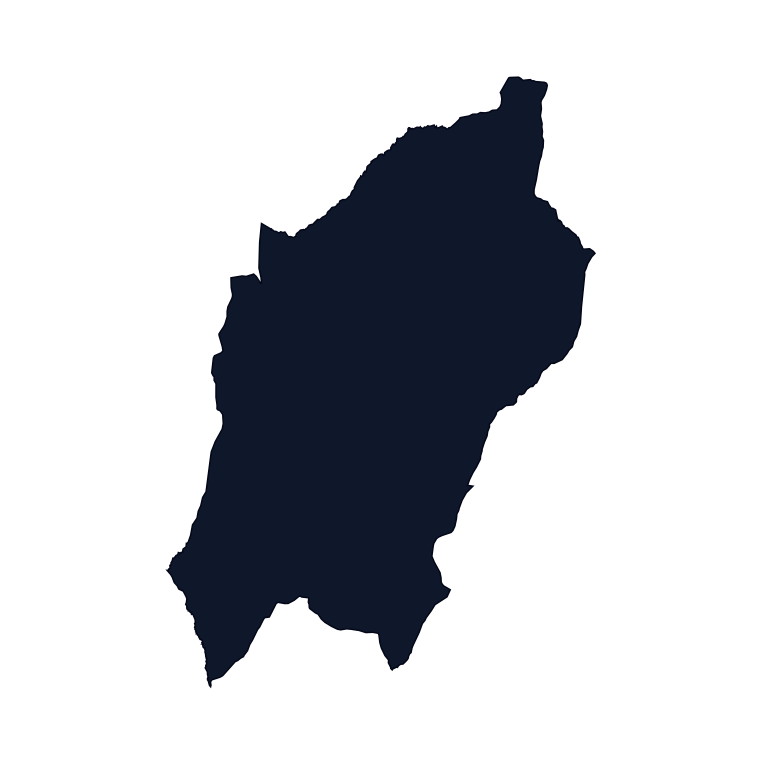 Manyoni, Singida, United Republic of Tanzania (Equal Earth projection), rotated 186°
{"feature_id": "72390352B73180368039512", "entity_name": "Manyoni", "entity_type": "district", "adm_level": 2, "iso_a3": "TZA", "parent_name": "United Republic of Tanzania", "parent_adm1": "Singida", "projection": "equal_earth", "projection_center": [34.654, -6.406], "detail": "fine", "context": "isolated", "style": "filled", "palette": "ink", "viewbox_px": 768, "rotation_deg": 186, "n_neighbors": 0, "source": "geoboundaries", "source_scale": "gbopen_adm2", "svg_char_len": 6135}
<svg xmlns="http://www.w3.org/2000/svg" viewBox="0 0 768 768"><g transform="rotate(186 384 384)"><path d="M578.0,181.3L577.5,178.6L578.9,177.3L578.8,176.1L580.2,176.0L576.2,172.2L574.4,169.8L571.8,164.6L568.6,161.8L566.6,158.6L562.0,157.0L558.5,151.7L557.6,149.7L557.7,145.7L558.2,144.1L556.9,142.8L556.7,140.5L556.0,139.1L554.9,138.8L554.9,137.9L553.6,137.8L553.1,136.9L551.8,136.3L551.5,135.3L551.2,135.8L551.0,135.1L549.8,134.7L547.2,130.0L546.7,126.8L547.3,126.1L546.5,124.3L546.9,121.9L546.3,121.4L546.4,120.3L545.0,118.7L545.4,117.8L544.4,117.1L544.6,115.9L543.6,115.9L543.3,114.9L542.1,114.2L541.9,113.2L541.3,113.2L541.3,112.5L540.6,111.2L539.9,110.6L539.1,111.0L537.4,108.9L538.1,107.7L537.1,107.0L537.8,106.4L536.8,106.3L537.0,105.7L536.5,103.6L535.4,102.6L534.3,102.7L534.5,101.3L533.8,99.8L534.1,98.9L533.3,97.0L532.6,93.8L532.0,93.5L532.1,92.4L531.5,92.1L532.0,89.2L531.5,88.7L531.1,87.0L531.4,85.9L531.8,85.7L531.7,84.3L532.1,83.0L529.5,79.2L529.3,77.1L528.4,74.5L528.5,73.5L528.0,73.4L528.4,73.2L528.3,72.4L528.7,72.4L528.5,71.2L527.8,70.5L526.1,66.1L524.8,64.8L524.6,66.2L525.4,69.7L524.3,71.8L516.4,75.3L513.9,77.1L502.9,92.4L500.7,93.6L497.9,96.4L495.2,98.2L495.1,99.1L491.9,104.5L490.3,110.8L487.9,116.0L484.1,126.5L482.3,129.3L479.7,136.3L478.4,139.1L473.7,140.3L468.3,154.4L466.7,155.8L460.1,155.3L456.5,155.7L450.8,159.5L446.3,164.0L444.9,164.3L443.9,163.6L436.5,163.5L436.4,158.8L435.4,157.0L435.0,154.1L434.5,153.0L428.3,149.2L425.5,148.2L421.7,143.7L417.8,140.8L410.8,137.5L404.7,135.3L401.5,135.0L395.7,136.6L391.0,136.7L383.0,136.3L376.0,134.9L369.4,135.9L363.6,135.5L362.7,133.5L361.1,126.5L359.0,121.1L354.6,114.0L350.6,110.0L350.5,107.2L347.7,102.9L347.6,101.9L346.0,100.5L345.1,102.2L344.7,102.0L341.9,103.8L341.0,103.6L340.2,105.3L338.3,107.0L335.8,107.5L332.6,111.4L331.3,113.7L331.1,116.0L330.2,118.5L329.0,119.7L328.6,124.3L327.8,127.2L323.1,140.7L320.8,149.8L318.6,153.2L317.6,156.1L313.4,163.3L310.2,169.9L299.1,178.9L296.6,186.3L303.5,189.4L305.2,191.0L306.4,192.9L307.1,197.4L308.6,202.3L315.5,212.3L318.4,217.7L318.1,228.4L317.8,230.8L315.5,235.8L313.7,237.5L310.3,239.5L301.8,243.4L300.2,245.5L298.7,249.8L297.9,257.1L297.9,262.4L296.6,265.8L296.2,268.6L294.2,276.6L290.8,284.4L284.9,291.7L290.3,291.9L288.9,297.9L286.3,305.1L283.4,311.1L280.3,319.4L280.4,322.7L279.5,327.8L279.6,329.4L278.1,336.6L276.1,343.1L275.9,347.7L274.6,352.1L274.9,355.2L273.3,357.2L271.1,361.3L269.4,365.3L269.0,368.0L266.4,370.6L264.7,371.2L260.5,375.3L253.2,376.8L250.5,380.0L250.7,383.3L249.5,386.8L248.1,387.9L246.4,387.7L244.3,388.8L243.5,389.6L241.5,393.6L238.3,396.5L235.7,397.2L234.0,400.1L232.3,401.1L230.0,407.0L229.0,411.1L227.5,413.9L224.1,416.4L220.1,422.0L216.8,422.4L209.3,426.9L205.1,433.6L203.6,436.9L200.6,440.7L199.8,446.4L197.5,451.4L196.6,457.5L195.0,464.2L195.7,481.4L195.8,513.7L196.3,516.4L195.1,519.9L194.0,525.0L190.7,532.2L187.8,536.0L189.8,537.9L193.6,540.0L199.2,539.0L200.7,539.4L201.0,540.8L203.4,544.1L204.1,546.4L206.1,550.1L207.8,550.6L208.6,552.2L213.6,555.3L216.4,557.6L218.0,558.4L220.3,558.1L221.7,560.2L223.3,560.9L224.4,563.5L226.3,565.1L227.4,564.3L227.6,565.3L228.8,566.5L231.6,575.1L234.1,576.3L236.1,576.4L238.5,579.2L240.5,582.4L245.3,583.1L247.4,584.4L251.5,585.1L253.2,586.5L254.7,588.9L255.1,593.0L253.9,603.2L253.1,616.7L252.6,622.0L251.4,626.9L251.1,632.7L250.5,636.0L250.9,643.0L252.8,646.8L252.8,651.7L254.0,656.4L253.9,659.2L256.5,666.9L256.2,674.0L257.4,680.3L257.2,682.4L254.7,687.8L253.2,693.9L252.8,698.1L253.9,700.1L256.0,700.8L264.8,700.6L266.7,701.2L268.3,701.0L270.3,702.0L277.7,700.5L279.9,702.2L282.2,703.2L290.9,702.0L292.0,701.4L298.8,686.0L297.7,683.9L296.6,679.7L296.6,674.9L297.6,671.6L300.3,668.3L304.9,667.5L308.0,665.3L311.9,664.2L316.5,664.0L319.5,662.1L324.0,661.6L327.2,659.5L336.2,656.8L336.7,655.1L340.2,650.8L344.5,646.1L346.3,645.6L347.2,644.3L347.8,644.1L350.5,645.5L351.8,645.3L353.0,646.6L356.4,644.6L357.9,644.2L358.4,644.4L358.8,645.9L360.0,644.6L361.2,646.8L365.3,645.0L367.4,645.4L369.0,643.7L370.6,643.8L371.8,642.1L374.1,642.8L374.8,643.6L375.4,642.8L378.1,642.8L381.5,640.6L382.7,641.1L383.2,640.6L384.1,640.8L384.7,640.0L385.3,641.5L386.2,641.4L386.8,640.4L386.6,638.0L386.9,636.9L388.9,634.8L389.9,632.1L390.8,632.2L391.7,630.9L394.4,629.7L396.5,629.9L396.9,628.8L396.7,625.9L397.8,624.8L398.2,623.1L399.9,623.6L400.5,623.2L402.0,619.6L401.6,618.1L402.7,617.1L403.7,617.1L405.2,616.3L407.5,614.2L407.5,612.6L408.1,611.4L408.6,611.3L409.4,612.4L411.0,612.3L413.3,611.1L414.4,608.0L416.8,606.7L420.1,603.8L420.1,603.2L419.5,602.8L419.9,602.1L422.8,599.4L423.6,598.1L423.6,596.0L424.3,592.9L425.4,593.5L426.7,591.2L426.9,588.9L427.6,588.2L428.9,588.5L429.0,587.3L431.5,583.4L434.1,576.3L433.7,574.5L435.4,573.0L436.4,570.9L437.2,567.4L438.2,567.0L440.4,564.1L441.9,563.3L444.2,563.1L447.0,561.4L447.7,558.4L449.2,558.0L449.5,556.6L451.2,555.0L454.2,554.1L456.2,551.0L457.6,549.7L458.4,548.0L458.3,547.1L459.6,545.4L462.7,543.4L464.9,540.8L467.3,540.7L471.8,535.0L472.6,535.1L475.1,534.1L476.6,531.2L477.9,530.3L478.9,528.8L480.1,529.2L483.2,528.3L484.3,526.7L486.7,524.4L487.3,521.6L489.3,520.2L492.2,520.8L494.7,520.5L498.4,524.8L500.4,524.0L502.6,524.6L504.3,523.2L507.1,524.4L509.5,524.5L510.8,525.6L512.2,525.4L512.2,526.5L512.9,526.4L522.6,530.8L522.5,512.1L520.5,486.3L517.3,476.6L516.4,471.5L517.5,471.6L522.2,477.5L525.1,479.7L532.2,476.6L536.4,476.6L547.3,473.6L546.0,463.8L543.9,457.1L543.9,454.8L544.3,452.8L547.3,444.4L547.6,439.8L547.0,434.5L548.3,427.5L549.3,424.5L553.3,416.7L553.2,415.3L548.8,404.5L547.6,400.1L549.3,397.9L555.5,394.4L556.4,391.9L556.5,377.1L554.7,374.2L553.7,373.7L553.3,369.8L551.1,366.8L549.7,353.2L547.8,345.5L547.5,341.9L546.8,341.1L544.1,340.2L541.5,337.2L541.1,336.2L539.7,327.8L540.2,322.2L545.8,309.0L548.7,298.3L549.7,258.2L552.5,252.2L553.5,243.7L555.4,238.1L555.9,231.1L559.7,223.9L560.5,213.3L562.1,206.5L563.1,204.9L563.9,204.9L563.8,201.4L566.6,198.8L566.7,195.7L568.2,195.3L568.9,194.2L569.0,194.6L570.9,194.9L571.0,193.7L571.7,192.3L572.8,191.8L574.7,188.7L575.7,188.8L576.3,185.4L577.1,184.0L576.9,182.2L578.0,181.3Z" fill="#0f172a" stroke="#020617" stroke-width="1.5"/></g></svg>